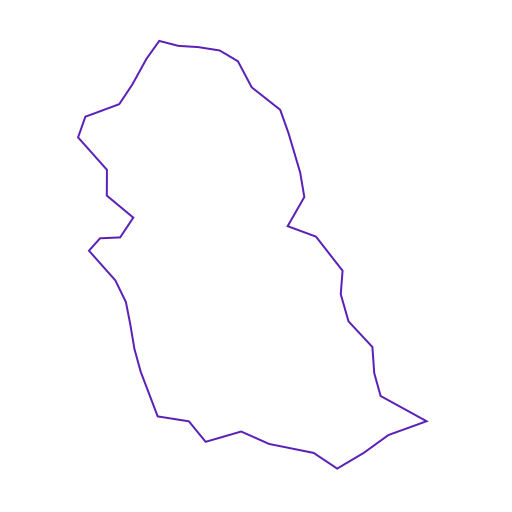 Orounta, Nicosia, Cyprus, rotated 99°
{"feature_id": "46923920B88431983225451", "entity_name": "Orounta", "entity_type": "district", "adm_level": 2, "iso_a3": "CYP", "parent_name": "Cyprus", "parent_adm1": "Nicosia", "projection": "mercator", "projection_center": [33.08, 35.094], "detail": "fine", "context": "isolated", "style": "outline", "palette": "violet", "viewbox_px": 512, "rotation_deg": 99, "n_neighbors": 0, "source": "geoboundaries", "source_scale": "gbopen_adm2", "svg_char_len": 696}
<svg xmlns="http://www.w3.org/2000/svg" viewBox="0 0 512 512"><g transform="rotate(99 256 256)"><path d="M439.6,213.6L441.5,168.2L453.3,142.6L433.7,118.9L412.1,97.2L392.5,61.7L374.8,111.0L353.2,120.9L327.7,126.8L306.1,154.4L280.5,166.3L257.0,168.2L227.5,199.8L221.6,229.4L190.2,217.5L166.7,225.4L129.4,243.2L107.8,255.0L90.1,286.6L66.5,304.3L58.7,324.0L58.7,345.7L60.6,365.5L58.7,385.2L78.3,395.0L105.8,404.9L127.4,414.8L145.1,446.3L166.7,450.3L194.2,416.7L219.7,412.8L237.3,383.2L258.9,393.1L262.9,412.8L276.9,421.8L302.1,391.1L321.8,377.3L343.4,369.4L366.9,361.5L388.5,351.7L429.8,328.0L429.8,296.4L447.4,276.7L431.7,243.2L439.6,213.6Z" fill="none" stroke="#5b21b6" stroke-width="2"/></g></svg>